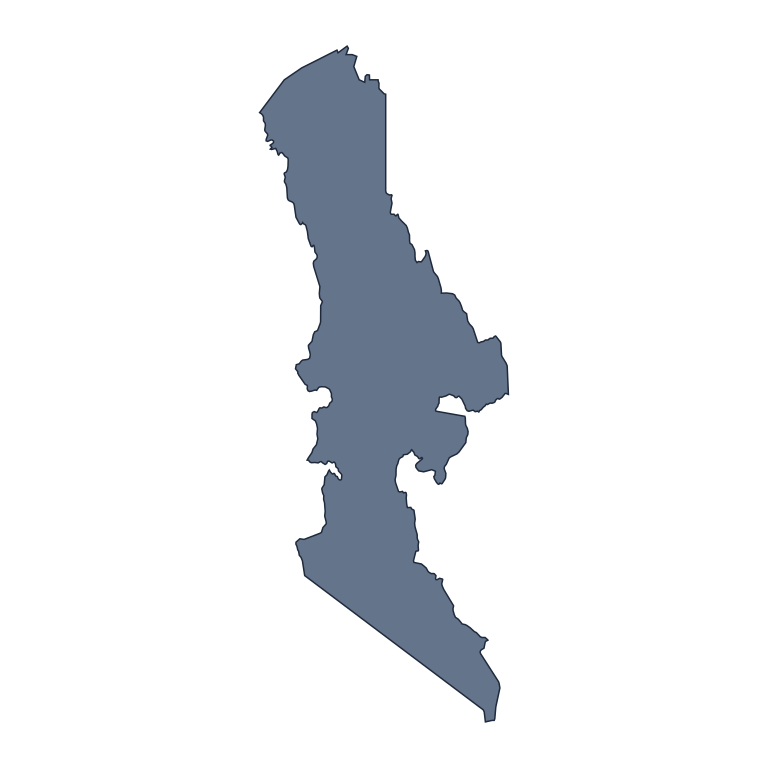 SVG path tracing the border of Rift Valley
{"feature_id": "KEN-890", "entity_name": "Rift Valley", "entity_type": "Province", "adm_level": 1, "iso_a3": "KEN", "parent_name": "Kenya", "parent_adm1": "", "projection": "equal_earth", "projection_center": [36.059, 0.919], "detail": "fine", "context": "isolated", "style": "filled", "palette": "slate", "viewbox_px": 768, "rotation_deg": 0, "n_neighbors": 0, "source": "natural_earth", "source_scale": "10m", "svg_char_len": 6108}
<svg xmlns="http://www.w3.org/2000/svg" viewBox="0 0 768 768"><path d="M367.0,74.7L369.4,75.0L369.6,79.8L378.1,79.8L378.2,81.2L379.0,83.2L378.9,87.8L379.3,89.0L384.1,93.8L385.7,94.2L385.7,190.8L386.2,192.9L387.3,193.9L389.4,195.0L391.6,194.8L392.0,195.3L391.1,198.7L392.0,203.2L390.3,212.2L390.7,213.8L391.6,214.3L394.0,214.2L395.3,215.6L395.9,215.9L397.6,214.3L398.0,214.4L398.9,217.9L401.4,220.8L406.2,225.5L407.4,228.2L408.4,232.2L409.5,235.0L409.6,241.2L410.0,243.2L412.0,244.7L414.5,249.7L415.0,253.1L415.0,256.8L415.4,260.3L417.0,262.6L418.4,261.5L420.9,261.9L421.7,261.4L425.1,256.6L425.8,255.0L426.1,253.2L425.4,250.8L426.9,250.5L427.6,250.7L428.1,251.3L433.4,271.2L433.9,272.3L437.4,276.5L438.3,278.5L441.0,287.9L441.4,290.6L441.3,293.2L446.5,293.0L452.5,293.7L454.7,295.0L456.2,298.2L458.8,300.8L460.0,302.7L461.4,306.2L462.6,310.2L463.7,311.5L466.6,313.7L467.7,321.0L469.5,324.1L472.1,326.8L473.2,328.7L477.7,342.4L479.3,342.8L481.1,341.9L483.5,341.4L485.4,340.0L487.8,340.0L490.1,338.3L492.9,338.2L494.2,336.7L495.4,336.0L495.9,336.2L499.8,341.2L500.6,342.4L500.9,343.7L501.5,354.8L501.8,356.2L506.2,363.4L507.2,366.0L508.4,394.4L505.9,393.4L505.0,393.6L502.1,397.3L499.7,399.1L499.0,399.1L498.2,398.5L497.4,398.6L495.9,399.8L494.9,401.9L494.0,402.6L492.2,403.2L490.0,403.1L487.5,404.5L486.2,404.2L485.1,405.8L483.3,407.2L481.2,409.7L479.6,410.6L478.8,412.0L477.6,411.2L475.2,411.7L473.1,410.1L468.8,411.3L467.2,410.7L465.6,408.4L465.2,406.1L461.9,399.2L459.1,396.2L458.2,396.3L456.7,397.6L455.3,397.5L453.7,395.8L449.8,394.3L448.8,394.4L446.1,395.9L441.6,397.2L439.8,397.0L439.2,397.7L439.0,403.3L438.2,404.5L437.8,406.2L435.7,409.1L435.6,410.8L436.6,411.3L464.8,416.3L465.3,417.8L465.5,423.9L465.9,425.6L467.3,428.3L468.1,431.7L467.8,434.6L466.3,437.7L465.8,442.6L459.0,452.0L456.9,453.9L451.0,456.7L449.2,457.9L446.3,464.3L444.7,466.3L444.2,467.7L444.3,469.1L445.9,473.4L445.6,477.7L445.2,478.9L442.1,483.6L441.3,483.8L440.0,483.1L438.8,484.3L438.1,484.1L436.7,482.7L434.3,478.6L433.8,476.6L434.9,475.2L435.4,471.4L435.1,471.1L431.7,469.7L423.7,471.8L418.8,470.9L418.0,470.1L416.0,467.5L415.7,465.7L415.9,464.8L416.9,463.4L422.2,459.0L422.5,458.3L421.8,457.5L419.5,458.8L418.9,458.6L417.5,456.5L414.8,454.9L413.9,452.4L411.7,449.7L411.2,450.1L410.6,451.6L407.4,454.2L403.4,454.8L402.8,456.6L400.3,457.9L398.9,459.4L397.8,463.6L396.7,465.9L396.1,469.1L396.0,475.3L395.1,479.6L395.5,482.5L398.5,491.4L399.8,492.0L402.5,491.4L403.4,492.8L405.5,492.4L406.1,492.8L406.5,495.0L406.2,498.1L406.7,504.2L407.4,507.6L410.8,507.4L411.7,509.0L413.8,510.1L414.0,510.5L415.2,519.1L414.6,523.4L415.0,526.8L417.2,534.6L417.2,537.9L417.6,539.6L418.7,541.8L418.1,545.6L418.5,550.1L418.1,550.9L416.3,551.1L415.8,551.5L413.5,560.7L413.9,562.4L421.5,564.0L426.2,568.0L427.9,571.2L429.1,572.4L431.3,573.6L433.3,573.5L434.4,573.8L436.0,575.7L435.5,578.6L436.0,579.6L437.0,579.7L439.6,578.3L442.5,579.1L442.7,579.6L441.7,583.9L442.3,586.2L443.8,589.6L453.6,605.8L453.0,608.7L453.1,610.6L454.2,614.5L455.4,617.3L458.3,619.2L462.2,624.0L465.1,624.6L466.8,625.4L470.2,627.8L474.4,631.7L476.4,632.6L480.2,636.7L482.0,637.5L485.1,637.5L487.8,639.9L487.9,640.3L486.1,641.0L485.2,642.1L484.0,648.2L481.3,649.8L480.3,651.2L480.1,652.2L480.6,653.7L498.6,681.8L499.2,683.8L499.9,688.0L495.8,707.0L494.8,718.7L494.2,720.4L492.1,720.4L485.4,721.9L484.2,711.9L483.3,709.9L304.7,575.6L302.4,560.8L301.0,557.3L299.3,555.3L298.6,551.3L297.7,549.8L297.0,546.5L295.9,544.1L296.0,542.2L299.8,538.8L304.1,539.4L320.4,533.1L321.5,532.3L322.9,527.6L326.3,523.7L326.1,521.6L324.7,516.1L325.2,511.4L324.5,502.6L323.6,499.4L323.8,495.7L322.6,492.9L321.8,489.1L322.0,488.1L324.2,484.6L324.9,476.9L327.0,474.7L328.5,471.1L329.3,470.0L330.5,472.2L332.2,473.8L332.8,474.0L333.9,473.4L334.5,473.6L335.7,476.0L337.3,476.6L338.2,478.8L339.5,479.9L340.6,480.0L341.4,479.4L341.8,475.0L341.3,474.0L338.5,471.0L338.1,468.6L335.9,466.8L335.4,463.5L334.4,462.2L333.7,462.1L332.6,462.8L332.0,462.9L329.5,461.3L328.1,461.1L327.5,461.5L326.6,463.6L325.1,464.4L322.5,462.8L321.3,461.6L320.3,461.7L318.2,462.9L314.9,462.5L311.3,462.7L310.1,462.2L308.5,460.3L307.1,460.1L308.2,458.1L311.9,452.6L313.1,448.9L316.4,444.8L317.8,438.7L317.0,434.2L317.5,428.4L316.6,423.9L315.4,420.9L312.0,418.5L312.0,414.4L312.4,412.6L314.2,411.6L316.8,412.5L317.6,411.6L319.2,408.4L319.9,407.8L321.7,408.1L323.9,406.9L325.8,407.6L327.2,407.4L328.7,405.9L329.8,403.1L331.9,401.3L332.3,399.6L332.1,398.4L331.4,396.9L331.4,393.5L329.7,389.7L328.9,388.8L325.3,386.9L321.5,386.7L319.3,387.1L318.5,387.7L316.7,390.4L315.1,390.0L311.7,391.1L309.5,391.5L308.0,390.7L307.2,388.8L307.4,386.2L307.1,385.3L305.2,384.4L299.0,375.5L297.8,373.2L297.8,371.7L295.5,368.8L296.3,364.7L299.2,363.8L301.3,361.1L302.6,360.1L307.6,359.4L309.6,358.2L310.3,354.8L309.7,351.6L308.6,348.2L308.4,345.3L312.0,341.3L313.3,334.7L314.7,331.8L317.2,330.7L317.8,329.9L320.2,323.5L320.6,321.7L320.7,305.7L322.3,301.9L322.0,300.9L320.0,298.3L319.6,296.9L319.3,293.5L319.9,286.6L313.7,266.5L313.3,263.2L313.8,261.2L316.2,259.1L317.1,257.7L317.2,255.8L316.7,254.4L315.0,252.1L314.3,246.4L313.7,245.3L313.2,245.4L312.3,246.7L311.4,246.6L310.9,245.9L308.3,238.7L307.4,231.5L305.9,225.6L305.5,224.9L303.4,223.7L302.7,222.6L302.3,223.4L300.8,224.6L300.0,224.3L299.4,223.6L296.0,217.3L294.2,204.8L293.5,203.1L292.2,202.0L289.3,200.8L288.1,199.8L287.4,197.9L286.8,187.8L286.0,184.5L284.5,181.9L284.4,180.9L285.3,177.2L284.3,174.5L284.2,173.6L284.5,172.9L286.3,172.0L287.5,169.6L288.0,166.3L288.2,159.7L287.8,158.0L284.6,155.9L282.6,153.1L281.5,152.5L279.9,153.1L278.7,155.1L278.0,154.5L277.1,151.2L275.7,148.4L271.6,149.5L270.3,149.1L271.9,147.4L271.1,146.2L270.2,145.7L270.1,145.2L273.0,143.2L273.6,142.1L273.5,141.0L272.1,140.0L270.9,140.0L267.6,141.4L266.1,140.8L266.2,139.3L267.7,135.3L267.5,134.0L265.2,131.3L264.7,130.0L265.4,125.4L265.2,123.4L263.5,120.8L263.5,117.1L262.7,115.2L261.4,113.8L259.6,112.6L284.3,79.8L301.7,67.9L337.0,50.1L338.0,52.8L347.1,46.1L348.4,48.3L346.1,54.6L352.2,54.6L356.8,56.4L353.8,66.6L359.2,79.8L364.7,82.3L365.3,76.3L367.0,74.7Z" fill="#64748b" stroke="#1e293b" stroke-width="1.5"/></svg>